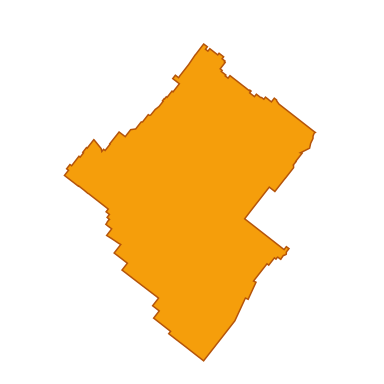 the district of Bruce Rock, Western Australia, Australia, rotated 128°
{"feature_id": "25037944B90464299025642", "entity_name": "Bruce Rock", "entity_type": "district", "adm_level": 2, "iso_a3": "AUS", "parent_name": "Australia", "parent_adm1": "Western Australia", "projection": "mercator", "projection_center": [117.956, -31.966], "detail": "fine", "context": "isolated", "style": "filled", "palette": "amber", "viewbox_px": 384, "rotation_deg": 128, "n_neighbors": 0, "source": "geoboundaries", "source_scale": "gbopen_adm2", "svg_char_len": 4832}
<svg xmlns="http://www.w3.org/2000/svg" viewBox="0 0 384 384"><g transform="rotate(128 192 192)"><path d="M69.1,131.5L69.2,132.2L69.2,134.1L69.2,135.4L69.2,138.5L69.2,140.8L69.2,142.0L69.2,143.5L69.2,146.5L69.2,147.3L69.2,150.9L69.2,152.3L69.2,157.3L69.2,160.7L69.2,161.4L69.2,162.1L69.2,163.2L69.2,164.5L69.2,165.4L69.2,167.7L69.2,170.0L69.2,170.7L69.2,174.5L69.2,175.6L69.2,176.0L69.2,176.6L69.2,176.9L69.2,177.1L69.2,177.3L69.2,177.5L69.1,177.9L68.9,178.5L68.5,180.0L68.1,181.1L68.1,181.3L68.0,181.5L67.9,181.6L67.6,181.8L67.4,182.0L67.4,184.9L67.5,184.9L68.2,184.9L70.7,184.9L72.1,184.9L72.1,185.8L72.1,186.9L72.1,187.0L72.1,187.5L72.1,187.8L72.1,188.0L72.0,188.5L72.0,192.5L74.7,192.5L74.7,192.8L74.7,194.6L74.7,195.3L74.8,195.5L75.0,195.8L75.2,196.0L75.3,196.1L75.3,197.1L75.3,197.9L75.3,198.4L75.3,199.2L75.3,200.0L75.3,201.5L78.4,201.5L78.4,207.6L76.1,207.6L76.1,209.2L76.9,209.2L76.9,209.3L76.9,221.9L76.9,233.7L80.1,233.7L80.1,237.3L79.0,237.3L79.0,243.1L77.6,243.1L77.6,245.6L75.2,245.6L69.6,245.6L69.6,246.6L68.5,246.6L68.5,250.3L66.0,250.3L66.0,256.1L68.1,256.1L68.1,261.1L68.1,263.2L68.1,266.2L70.0,266.2L71.2,266.2L71.2,269.3L68.1,269.3L68.1,270.8L68.2,273.9L72.1,273.9L80.7,273.8L82.1,273.9L93.7,273.1L107.9,273.1L108.3,273.1L109.0,273.0L110.2,273.0L110.2,274.4L110.2,277.0L114.5,277.0L114.5,268.6L124.8,268.6L124.8,269.9L130.0,269.9L132.8,269.9L132.8,270.9L135.6,270.9L135.6,271.4L138.3,271.4L138.3,270.6L141.5,270.6L144.9,270.6L147.7,271.3L148.2,271.4L148.6,271.5L148.8,271.6L149.1,271.7L149.5,271.8L156.3,271.9L156.5,271.9L156.8,272.0L157.0,272.1L157.3,272.2L157.4,272.3L157.5,272.4L157.6,272.6L157.8,272.9L157.9,273.0L157.9,273.3L158.0,273.5L158.0,273.8L158.0,274.1L167.1,274.1L167.3,274.2L167.5,274.3L167.6,274.5L167.8,274.8L167.9,275.0L168.0,275.1L168.3,275.2L176.8,275.2L177.0,275.2L177.1,275.3L177.7,275.9L179.6,277.7L180.6,278.7L184.1,278.7L189.5,278.7L189.6,286.4L204.7,286.5L204.7,286.0L212.8,286.0L212.8,288.0L215.6,288.0L213.7,290.4L211.2,301.2L211.2,301.6L219.1,301.6L222.0,301.6L222.0,302.5L228.0,302.5L228.0,301.6L233.4,301.6L233.4,303.1L234.5,303.1L245.4,303.0L245.5,305.1L250.9,305.1L250.9,302.7L257.5,302.7L257.4,285.1L257.0,285.1L257.0,280.4L257.0,278.6L257.2,273.2L257.0,272.7L257.0,247.5L260.5,247.5L260.5,247.3L260.5,243.3L264.3,243.3L264.4,240.1L264.5,240.1L265.1,240.4L265.3,240.4L268.0,240.3L269.1,240.0L270.5,240.0L270.6,237.5L270.5,234.0L270.5,233.9L270.5,232.6L278.8,232.5L278.2,226.5L277.6,218.2L277.2,215.8L288.0,215.8L288.0,215.4L287.9,205.3L287.9,203.9L287.9,203.0L287.9,200.5L287.9,200.3L287.9,200.2L287.9,199.1L289.5,199.1L289.9,199.1L291.1,199.1L291.8,199.1L292.5,199.1L295.4,199.1L296.6,199.1L296.4,172.7L296.2,153.1L296.3,153.0L297.8,153.0L299.4,153.0L300.9,153.0L305.2,153.0L305.9,153.0L305.9,144.6L315.0,144.6L315.0,142.2L315.0,140.0L315.0,136.5L315.0,131.6L315.0,130.8L315.0,129.2L315.0,127.1L315.0,124.5L315.0,123.1L316.2,123.1L318.0,123.1L318.0,114.3L317.9,105.7L317.9,87.8L317.9,78.9L304.9,78.9L292.1,78.9L285.6,78.9L267.3,78.9L267.2,78.9L242.8,84.6L242.7,84.6L242.0,81.7L223.7,86.0L224.3,88.7L222.9,88.7L220.6,88.7L216.5,88.7L212.3,88.7L207.3,88.7L205.2,88.7L202.4,88.7L202.4,86.5L193.2,86.5L193.2,84.5L191.6,84.5L190.6,84.4L190.5,84.0L190.5,83.9L190.5,83.7L190.5,81.6L190.5,81.3L190.4,81.0L190.4,80.6L189.9,80.6L189.7,80.7L189.4,80.7L189.2,80.7L188.8,80.8L188.6,80.8L188.3,80.8L188.2,80.8L187.8,80.8L187.6,80.8L187.3,80.8L187.1,80.9L186.8,80.9L186.5,80.9L186.3,80.9L186.2,80.9L185.8,80.9L185.7,80.9L185.6,80.7L185.4,80.5L185.1,80.4L184.9,80.3L184.8,80.2L184.6,80.1L184.3,80.0L184.2,79.9L183.9,79.7L183.7,79.6L183.4,79.5L183.2,79.4L182.8,79.5L182.7,79.6L182.5,79.8L182.3,79.9L182.2,80.0L181.8,80.2L181.7,80.3L181.4,80.6L181.2,80.7L180.8,80.7L180.4,80.7L180.2,80.7L176.9,80.7L177.0,84.0L180.7,84.0L180.7,90.8L180.7,108.0L180.7,108.4L180.7,109.2L180.7,110.8L180.7,112.0L180.7,114.8L180.7,115.6L180.7,116.8L180.7,118.7L180.7,119.8L180.7,120.1L180.7,123.2L180.7,124.0L180.7,126.1L180.7,126.7L180.7,129.1L180.7,131.8L180.7,134.0L170.3,134.1L170.1,134.1L167.2,134.1L166.8,134.1L165.9,134.1L164.8,134.1L163.4,134.1L160.3,134.1L157.4,134.1L156.9,134.1L155.8,134.1L155.1,134.1L154.2,134.1L153.1,134.1L151.7,134.1L150.3,134.1L149.4,134.1L147.9,134.1L146.2,134.1L143.6,134.1L143.2,134.1L141.8,134.1L140.6,134.1L140.6,133.9L140.6,132.7L140.6,130.8L140.6,130.4L140.6,129.6L140.6,129.0L140.6,128.5L140.6,128.4L140.5,128.2L140.6,127.9L140.6,127.0L123.6,127.0L123.6,126.9L123.1,126.9L121.9,126.9L120.6,126.9L116.9,126.9L115.6,126.9L112.2,126.9L111.1,126.9L110.6,126.9L110.3,126.9L110.2,127.0L109.8,127.3L109.5,127.6L109.1,127.9L108.9,128.1L108.7,128.2L108.5,128.4L108.5,128.5L108.4,128.5L108.3,128.8L104.0,128.7L104.0,129.1L93.7,129.1L94.3,130.7L93.1,130.1L85.1,126.3L80.5,128.5L75.4,129.6L73.3,131.1L70.5,131.9L69.1,131.5Z" fill="#f59e0b" stroke="#b45309" stroke-width="1.5"/></g></svg>